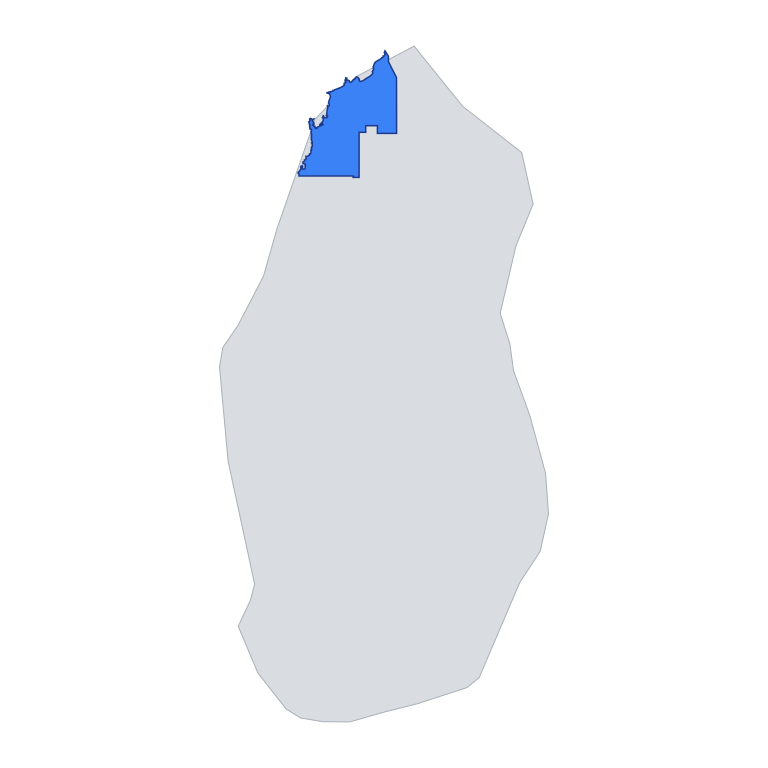 78, Madinat ach Shamal, Qatar shown in context
{"feature_id": "91078587B72332727540612", "entity_name": "78", "entity_type": "district", "adm_level": 2, "iso_a3": "QAT", "parent_name": "Qatar", "parent_adm1": "Madinat ach Shamal", "projection": "albers", "projection_center": [51.051, 25.993], "detail": "fine", "context": "in_parent", "style": "filled", "palette": "blue", "viewbox_px": 768, "rotation_deg": 0, "n_neighbors": 0, "source": "geoboundaries", "source_scale": "gbopen_adm2", "svg_char_len": 6142}
<svg xmlns="http://www.w3.org/2000/svg" viewBox="0 0 768 768"><path d="M417.4,703.7L382.6,712.5L349.8,721.9L322.5,721.7L300.6,718.0L286.0,708.9L257.9,673.0L238.2,626.3L250.4,600.3L254.6,584.1L228.1,461.2L219.5,366.8L222.8,347.5L238.1,325.2L263.5,276.1L277.0,228.7L315.1,119.2L355.3,77.1L414.1,46.1L462.7,106.4L521.7,152.5L533.1,204.1L515.9,246.2L500.2,313.3L509.9,344.0L513.5,370.6L529.8,415.4L545.6,473.4L548.5,513.8L540.2,551.3L519.6,582.8L479.2,677.6L467.1,687.5L417.4,703.7Z" fill="#d9dde1" stroke="#a8b0b8" stroke-width="1"/><path d="M396.6,133.4L396.5,77.5L388.5,61.8L388.5,56.4L385.0,50.8L384.8,51.2L384.8,51.8L384.6,52.2L384.2,52.7L384.3,52.9L385.0,53.4L385.2,53.7L384.2,56.0L383.3,56.5L382.9,55.9L382.7,56.0L382.8,56.0L383.4,56.9L383.1,57.1L381.9,58.0L381.7,57.9L381.7,58.1L381.2,58.4L380.4,59.1L378.4,60.2L376.9,61.1L375.4,62.0L375.1,62.4L375.0,62.8L374.7,63.1L374.8,63.2L374.3,63.7L374.3,64.3L373.7,65.2L373.4,66.3L373.1,66.6L373.4,67.4L373.4,67.7L373.2,68.2L373.8,68.7L373.8,69.0L373.6,69.6L373.3,70.2L372.6,70.8L372.3,71.5L372.5,71.8L372.5,72.4L372.8,73.0L372.7,73.3L372.4,73.8L371.9,74.5L370.8,75.4L370.4,75.9L365.2,79.1L364.9,79.4L363.0,80.7L361.7,81.2L361.1,81.3L360.0,81.3L359.3,80.7L359.2,80.5L359.2,80.4L359.3,80.5L359.3,80.2L359.0,79.4L359.1,79.2L359.3,79.4L359.3,79.1L358.5,78.2L358.2,77.7L357.1,76.9L356.4,77.0L355.9,77.8L355.6,78.2L355.4,78.2L355.1,78.8L354.7,78.9L354.3,79.3L354.0,79.4L353.5,79.9L353.2,80.0L353.1,80.5L352.8,80.8L352.5,80.9L352.5,81.1L352.2,81.2L351.6,81.8L350.7,82.4L349.3,81.9L349.2,80.6L348.5,80.3L347.0,80.1L346.1,80.7L346.1,80.0L346.2,79.5L346.4,79.0L346.9,78.7L346.9,78.2L346.3,78.0L346.3,78.3L345.8,78.0L345.8,78.9L345.7,79.0L345.6,79.4L345.4,79.4L345.2,79.9L345.0,80.1L345.1,81.1L345.4,81.4L345.5,81.8L345.8,82.2L345.6,82.4L345.4,82.4L345.3,82.7L344.4,83.1L344.6,83.4L344.1,83.8L344.1,84.2L344.3,84.5L344.3,84.8L344.0,85.2L344.0,85.4L343.7,85.4L343.5,85.8L343.3,85.9L341.0,87.4L340.0,87.8L335.9,89.3L334.3,90.0L334.1,90.1L333.5,90.5L333.0,90.4L333.0,90.7L332.9,91.0L331.1,91.7L330.6,91.6L330.3,92.2L329.6,92.4L329.3,92.4L329.2,92.4L329.0,91.9L328.0,92.4L327.8,92.6L327.4,92.8L327.1,92.7L326.9,92.8L327.1,93.1L327.3,93.0L327.5,93.1L327.8,93.2L329.4,93.8L329.6,94.4L329.8,94.5L330.1,95.2L330.4,95.8L330.3,96.4L330.4,96.8L330.1,98.2L329.6,99.5L329.0,100.4L329.1,101.3L328.8,101.9L328.7,102.4L328.4,102.8L328.5,103.1L329.0,103.5L329.2,103.8L329.1,104.2L329.3,104.5L329.3,105.4L328.6,106.3L328.4,106.3L328.4,106.2L327.9,106.5L327.5,105.9L327.4,105.7L327.3,105.8L327.8,106.5L327.6,106.7L327.8,107.5L327.7,107.8L327.8,108.1L327.6,108.7L327.2,109.1L327.3,109.3L327.2,109.6L327.3,110.3L327.0,111.3L326.9,112.2L326.9,112.9L326.6,113.4L326.9,114.0L326.8,114.5L326.4,115.0L326.2,115.4L326.2,115.6L326.3,115.9L326.5,116.1L327.2,116.0L327.4,116.0L327.4,116.3L327.6,116.5L327.5,116.8L327.1,117.4L326.1,117.8L324.5,117.9L324.0,117.3L323.8,116.5L323.5,115.8L323.3,115.7L323.3,115.8L323.5,116.0L323.1,116.7L322.4,117.0L322.2,116.7L322.4,117.2L322.4,117.6L322.9,117.7L323.2,118.5L323.3,119.4L323.1,120.8L322.9,121.2L321.7,122.6L321.1,123.2L320.6,122.8L321.1,123.2L320.6,123.8L320.0,124.3L319.8,124.7L319.8,125.0L321.3,124.3L321.5,123.8L321.6,124.0L321.7,123.5L321.8,123.6L321.7,124.0L322.0,124.2L321.8,124.0L322.0,123.5L322.1,124.0L322.3,123.6L322.5,123.7L322.4,123.9L322.3,124.3L322.3,124.5L322.9,124.4L323.0,124.5L322.6,124.8L322.0,125.2L321.8,125.0L321.7,125.1L321.2,125.6L320.8,125.7L320.7,125.8L320.6,125.7L320.4,125.7L319.2,126.4L317.7,127.0L317.1,127.5L317.1,128.1L316.9,128.1L316.7,127.6L316.4,127.6L316.1,127.7L315.9,127.8L315.7,128.4L315.3,128.2L314.9,127.5L314.8,127.2L314.9,126.4L314.7,126.4L314.7,126.6L313.9,126.3L313.9,126.1L313.5,125.1L313.1,125.1L313.4,124.8L313.1,124.8L313.0,124.3L313.8,124.1L313.9,123.5L313.7,123.5L313.5,122.4L313.3,122.0L313.1,121.8L312.5,121.5L312.5,121.3L312.4,121.1L312.4,120.1L312.5,119.8L313.1,120.0L313.5,119.3L313.8,119.0L313.6,119.0L313.1,119.8L312.5,119.8L312.5,119.6L312.3,119.3L312.0,119.1L311.7,119.0L311.1,118.5L311.0,118.2L311.2,117.9L311.0,118.2L310.8,118.2L310.6,118.3L310.6,119.1L310.3,119.2L310.3,119.6L310.1,119.6L310.0,118.9L309.9,118.9L309.9,119.1L309.7,119.1L309.7,119.5L309.8,119.6L309.8,120.4L309.7,120.5L309.7,120.9L309.5,121.3L309.5,121.5L309.3,121.8L309.0,121.9L309.0,121.7L308.8,121.8L309.0,122.6L309.2,123.6L309.5,123.7L309.5,124.7L310.1,124.9L310.1,125.3L309.9,125.7L309.9,126.0L309.6,126.0L309.7,127.6L310.0,129.0L310.5,129.0L310.5,129.3L311.2,129.3L311.6,130.8L311.3,131.6L311.1,131.6L311.0,133.2L311.2,133.5L311.2,133.8L311.4,133.8L311.8,134.6L311.5,135.7L311.3,135.7L311.3,136.5L311.5,136.8L311.6,137.1L311.4,137.1L311.5,137.8L311.3,137.8L311.2,138.9L311.4,139.3L311.4,140.0L311.7,140.1L312.0,141.1L312.0,142.2L312.3,142.3L312.4,142.8L312.4,143.2L312.3,143.6L311.9,143.5L312.1,143.8L312.1,144.0L312.1,144.9L312.4,145.4L312.5,145.8L312.1,146.8L311.8,146.8L311.8,147.2L311.5,147.2L311.4,147.7L311.5,148.0L311.5,148.5L311.2,149.1L311.7,149.2L311.7,149.6L311.4,150.0L311.2,150.8L310.9,150.8L311.1,152.3L310.8,153.2L310.6,153.3L310.1,153.8L309.9,153.8L309.9,154.1L309.5,154.1L309.5,154.8L309.3,155.1L309.1,155.1L309.0,155.4L307.2,156.4L306.4,156.5L306.0,156.3L305.9,158.1L306.1,158.4L305.7,159.4L305.5,159.6L305.3,159.6L305.3,159.8L304.4,160.0L304.5,160.6L304.4,160.7L304.2,161.2L304.0,161.7L303.0,161.9L302.9,162.4L303.2,163.0L303.1,163.3L303.4,163.3L303.2,163.4L303.2,163.5L303.5,163.6L303.5,164.0L303.6,163.8L304.6,164.1L305.1,164.2L305.1,164.4L305.3,164.4L305.4,165.8L305.3,166.2L305.1,166.2L305.2,168.2L304.9,168.8L304.4,169.0L304.1,169.2L303.5,169.2L303.3,169.0L302.8,169.0L302.7,168.9L302.5,167.9L302.4,167.8L302.4,166.6L302.7,166.6L302.7,166.3L302.1,166.2L302.1,165.8L301.8,166.0L301.5,166.0L301.2,166.2L301.2,166.5L300.9,166.5L301.0,167.1L300.8,167.1L300.8,167.8L301.1,168.5L300.9,169.2L300.7,169.2L300.5,169.9L300.3,169.9L300.1,170.4L299.5,171.2L299.2,171.3L299.1,171.6L298.5,172.0L298.4,172.3L298.1,172.4L298.2,173.4L298.8,173.6L298.9,174.3L299.0,174.4L299.0,176.0L353.4,176.0L353.1,177.4L359.1,177.4L359.1,132.3L365.7,132.3L365.7,125.7L377.4,125.7L377.4,133.4L396.6,133.4Z" fill="#3b82f6" stroke="#1e3a8a" stroke-width="1.5"/></svg>